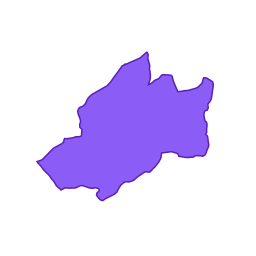 Braga, Natural Earth projection, rotated 333°
{"feature_id": "PRT-749", "entity_name": "Braga", "entity_type": "District", "adm_level": 1, "iso_a3": "PRT", "parent_name": "Portugal", "parent_adm1": "", "projection": "natural_earth1", "projection_center": [-8.294, 41.571], "detail": "fine", "context": "isolated", "style": "filled", "palette": "violet", "viewbox_px": 256, "rotation_deg": 333, "n_neighbors": 0, "source": "natural_earth", "source_scale": "10m", "svg_char_len": 2191}
<svg xmlns="http://www.w3.org/2000/svg" viewBox="0 0 256 256"><g transform="rotate(333 128 128)"><path d="M154.3,69.7L154.2,70.2L170.7,71.1L178.9,68.9L179.4,69.4L179.4,70.6L179.1,72.1L178.1,73.5L177.2,75.2L175.8,82.1L174.0,85.1L172.4,90.1L171.3,92.4L170.4,93.9L166.0,98.7L168.6,98.8L171.1,98.4L172.3,97.9L173.7,97.7L175.1,97.7L176.8,98.0L178.2,97.8L181.9,96.2L183.1,96.3L184.4,96.9L189.4,99.9L190.4,100.7L190.8,102.1L190.1,105.1L189.6,107.4L188.9,118.2L192.8,119.8L194.9,120.2L196.8,121.1L198.7,121.8L206.1,123.3L208.5,123.4L214.2,121.8L218.1,117.6L220.1,118.6L221.1,119.6L224.3,125.1L223.9,127.9L216.3,138.8L213.9,141.2L210.3,142.8L209.7,143.5L208.7,146.4L206.7,148.1L205.2,147.7L204.3,147.8L203.3,148.4L201.5,150.8L199.8,156.5L200.6,158.3L200.4,159.5L199.8,161.2L197.0,165.6L196.4,167.3L195.6,168.0L194.9,168.2L194.5,169.0L195.0,170.7L195.0,172.0L193.4,176.2L192.7,178.7L192.3,179.7L191.6,180.8L190.7,181.7L189.7,182.4L188.4,183.5L187.6,184.3L186.6,185.3L185.2,186.4L183.8,187.1L181.8,187.1L179.6,185.4L175.4,183.2L173.4,183.7L167.2,181.2L160.4,176.3L160.8,174.1L160.0,172.7L156.1,168.9L146.6,165.5L143.8,169.6L140.0,172.3L134.1,175.0L132.7,175.3L128.2,177.0L126.9,177.0L124.3,175.3L122.8,174.8L114.9,175.8L109.0,177.2L104.2,176.5L102.9,175.6L101.4,174.8L99.0,174.8L95.8,175.6L92.2,177.7L90.7,178.7L89.3,180.0L87.7,180.3L86.2,180.8L75.4,180.8L73.6,181.2L72.9,181.2L71.5,180.5L70.4,178.7L69.7,175.6L69.4,173.7L70.8,171.8L72.7,171.3L73.8,170.8L74.4,169.5L73.7,168.0L71.8,166.4L69.6,165.9L67.0,164.4L63.7,161.1L62.5,159.8L60.9,158.4L59.0,157.7L54.2,157.6L49.3,155.4L44.7,152.8L40.2,152.8L40.2,152.6L38.0,147.1L37.7,142.1L36.8,138.7L36.3,134.7L33.9,127.4L33.0,122.0L31.8,118.0L31.7,116.6L32.6,116.7L36.3,117.3L38.2,117.0L52.2,112.2L62.0,111.9L63.7,111.5L65.1,110.3L65.8,109.3L66.7,108.6L68.3,109.6L74.0,111.6L77.8,112.2L79.9,113.3L81.7,113.8L82.9,113.9L86.3,108.3L85.4,105.7L85.9,104.2L86.8,102.6L88.5,101.0L89.1,99.4L89.5,97.6L89.8,93.9L90.2,92.1L90.8,90.3L92.3,88.7L93.3,88.1L94.9,87.7L96.5,88.1L98.0,88.1L101.2,86.9L104.6,84.2L106.0,83.3L108.7,82.3L111.5,81.7L128.3,80.9L132.9,79.3L151.1,70.0L153.5,70.0L154.2,69.7L154.3,69.7Z" fill="#8b5cf6" stroke="#5b21b6" stroke-width="1.5"/></g></svg>